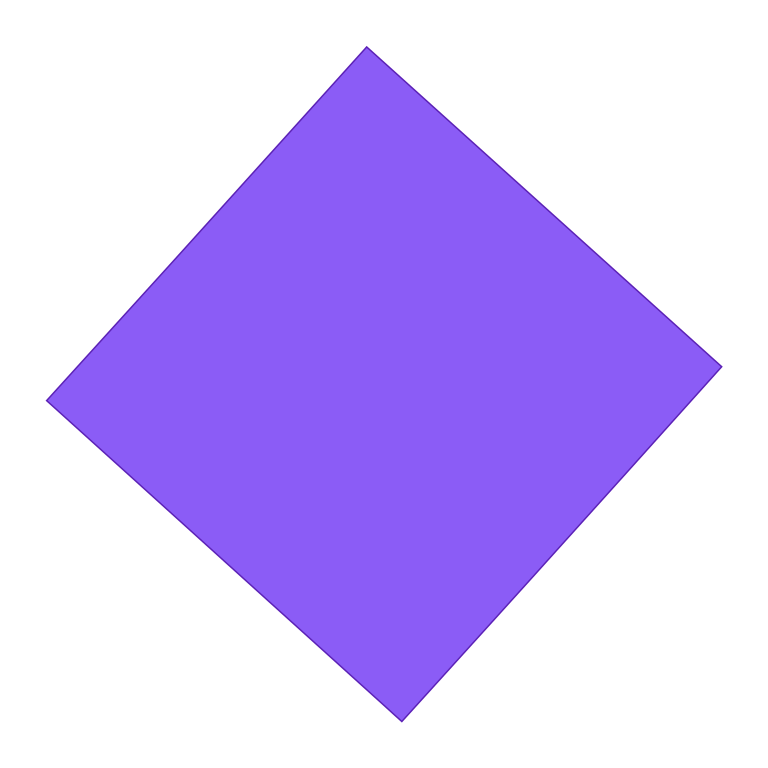 outline of Catriló, La Pampa, Argentina, rotated 132°
{"feature_id": "61730980B1153371895886", "entity_name": "Catriló", "entity_type": "district", "adm_level": 2, "iso_a3": "ARG", "parent_name": "Argentina", "parent_adm1": "La Pampa", "projection": "orthographic", "projection_center": [-63.562, -36.582], "detail": "fine", "context": "isolated", "style": "filled", "palette": "violet", "viewbox_px": 768, "rotation_deg": 132, "n_neighbors": 0, "source": "geoboundaries", "source_scale": "gbopen_adm2", "svg_char_len": 531}
<svg xmlns="http://www.w3.org/2000/svg" viewBox="0 0 768 768"><g transform="rotate(132 384 384)"><path d="M622.1,623.6L622.3,484.5L622.5,382.0L622.5,378.4L622.6,325.0L622.8,181.7L622.8,176.2L622.8,172.6L622.9,155.4L622.9,153.6L622.9,144.9L621.6,144.9L621.0,144.9L517.7,144.6L484.7,144.5L476.1,144.5L429.5,144.4L336.1,144.4L315.0,144.4L286.3,144.4L150.8,144.6L145.3,144.6L145.2,144.6L145.2,159.9L145.1,622.4L152.1,622.4L432.0,622.8L619.4,623.6L621.0,623.6L622.1,623.6Z" fill="#8b5cf6" stroke="#5b21b6" stroke-width="1.5"/></g></svg>